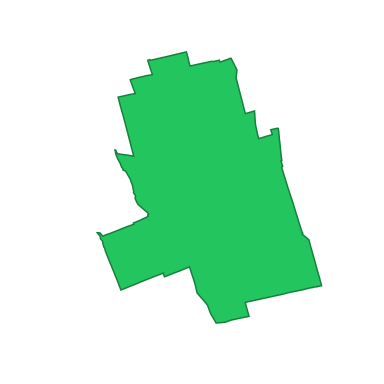 the district of Redea, Olt, Romania, rotated 246°
{"feature_id": "2599482B70526693367132", "entity_name": "Redea", "entity_type": "district", "adm_level": 2, "iso_a3": "ROU", "parent_name": "Romania", "parent_adm1": "Olt", "projection": "robinson", "projection_center": [24.25, 44.051], "detail": "fine", "context": "isolated", "style": "filled", "palette": "green", "viewbox_px": 384, "rotation_deg": 246, "n_neighbors": 0, "source": "geoboundaries", "source_scale": "gbopen_adm2", "svg_char_len": 5463}
<svg xmlns="http://www.w3.org/2000/svg" viewBox="0 0 384 384"><g transform="rotate(246 192 192)"><path d="M298.3,282.0L298.5,281.7L298.5,280.7L298.6,279.9L298.6,279.0L298.8,276.7L299.0,274.4L299.1,271.9L299.1,271.1L299.2,270.8L299.3,270.6L299.5,270.4L299.8,270.4L301.3,270.6L302.5,264.6L303.4,263.1L304.7,256.9L305.6,252.7L307.9,241.5L313.9,242.4L315.2,242.8L322.3,243.9L323.8,235.8L326.4,221.9L329.2,207.7L329.3,207.5L330.0,207.4L330.3,205.1L315.3,203.5L316.0,200.8L316.1,200.6L317.1,196.3L317.3,194.6L317.6,193.7L319.8,181.4L319.1,181.1L305.1,180.2L306.2,175.3L308.7,163.1L305.8,162.6L301.8,161.9L296.7,161.1L293.0,160.6L287.4,159.8L248.4,153.3L251.8,148.3L256.3,140.9L256.7,140.3L257.0,140.0L257.3,139.8L257.9,139.5L258.4,139.3L259.1,139.2L260.4,139.3L261.2,139.3L261.4,139.2L261.8,138.8L261.7,138.7L261.6,138.8L260.6,138.5L259.9,138.4L258.9,138.1L258.0,137.8L257.9,137.8L257.0,137.8L254.1,137.7L252.6,137.6L251.2,137.7L248.7,137.9L247.4,138.1L247.1,138.1L246.6,138.0L246.0,137.9L245.3,137.9L243.8,137.8L243.4,137.8L243.2,137.8L242.4,138.2L241.9,138.2L241.1,138.1L240.1,138.0L239.9,138.0L239.5,138.4L239.2,138.9L239.0,139.2L238.7,139.4L238.3,139.6L237.9,139.8L237.3,139.9L236.8,140.0L236.4,140.1L236.0,140.2L234.3,140.2L233.6,140.3L232.0,140.5L231.0,140.6L229.6,140.7L228.2,140.8L227.7,140.7L225.8,140.5L223.0,140.4L221.9,140.3L221.3,140.1L220.7,140.0L219.6,139.7L218.7,139.4L218.1,139.3L217.3,139.3L216.8,139.1L216.5,139.0L216.0,138.7L215.0,138.3L214.8,138.2L214.4,138.3L213.9,138.4L212.5,138.8L212.0,138.9L211.7,138.9L211.4,138.8L210.9,138.5L210.2,138.0L209.3,137.4L209.1,137.3L207.5,137.4L204.9,137.4L204.1,137.5L203.6,137.6L203.2,137.6L202.8,137.5L190.3,143.4L189.9,143.1L189.3,143.1L189.1,143.0L189.1,142.4L189.0,142.2L187.8,142.1L187.6,141.9L187.6,141.3L187.5,140.7L187.4,139.9L187.5,136.2L187.5,135.8L187.3,135.5L187.3,135.0L187.4,129.0L187.5,126.1L187.5,125.8L187.1,125.8L186.1,125.7L186.4,123.0L186.7,119.9L186.8,118.1L187.0,112.9L187.5,100.1L187.6,99.3L187.8,97.7L187.9,95.3L187.9,92.7L189.0,92.3L191.5,91.5L192.0,91.3L192.3,90.9L192.6,90.5L192.9,89.7L193.3,88.9L192.7,89.0L191.5,89.4L190.6,89.6L189.8,89.8L188.5,90.0L188.0,89.9L187.6,89.8L186.4,89.4L185.6,89.6L183.6,90.3L181.6,89.8L180.7,89.6L178.3,89.1L178.0,89.1L175.5,89.3L175.2,89.2L174.3,89.0L173.7,88.9L165.3,88.5L158.2,88.3L146.6,87.9L145.1,87.9L139.6,87.6L131.4,87.2L131.3,89.1L131.1,94.0L131.1,96.5L130.9,100.0L130.8,103.3L130.6,111.2L130.4,115.4L130.3,118.4L130.2,121.2L129.9,126.6L129.7,130.7L129.6,131.5L129.5,132.9L125.9,132.3L125.7,132.5L124.9,150.3L124.6,159.0L124.6,159.3L118.8,158.6L115.6,158.3L111.4,157.9L106.6,157.3L102.4,156.5L98.7,155.8L97.7,155.6L96.8,155.9L95.0,156.4L91.7,157.4L89.3,158.2L86.1,159.1L84.6,159.5L83.1,159.9L82.5,160.1L81.9,160.1L75.2,159.6L73.4,159.6L72.1,159.6L69.5,160.0L64.8,160.5L62.5,160.7L61.0,165.0L60.6,166.1L59.5,169.5L59.4,170.9L59.0,175.8L57.3,184.3L56.6,187.1L55.2,193.5L69.5,195.7L68.8,199.4L68.7,199.9L68.6,200.2L68.3,201.5L68.2,201.8L68.2,202.0L68.0,203.1L67.9,203.7L67.6,205.0L67.3,206.3L67.2,206.7L67.2,207.0L67.1,207.5L66.9,208.2L66.8,208.8L66.7,209.0L66.6,209.6L66.6,209.8L66.5,210.4L66.4,210.6L66.4,210.9L66.2,211.6L66.2,211.9L66.1,212.2L66.1,212.6L65.8,213.7L65.7,214.2L65.2,216.5L64.8,218.6L64.7,218.9L64.6,219.3L64.4,220.1L64.3,220.7L64.2,220.9L64.2,221.3L64.2,221.6L64.0,222.7L63.8,223.3L63.5,224.9L63.5,225.0L63.4,225.7L63.2,226.2L63.2,226.3L63.1,226.6L63.0,226.9L62.9,227.6L62.9,227.9L62.9,228.0L62.8,228.3L62.7,228.9L62.7,229.2L62.5,229.5L62.4,230.1L62.3,230.5L62.1,231.3L61.4,235.1L61.3,236.2L61.0,238.1L60.9,238.5L60.8,239.1L60.6,239.7L60.6,239.9L60.5,240.4L60.3,241.6L59.8,243.6L59.5,245.1L59.4,245.4L59.3,245.8L59.2,246.2L59.1,246.6L59.1,246.8L59.1,247.0L58.9,247.6L58.9,247.8L58.8,248.0L58.7,248.6L58.6,249.1L58.4,250.1L58.1,251.3L58.0,251.8L57.9,252.4L57.8,252.5L57.8,252.8L57.7,253.2L57.6,253.7L57.6,253.9L57.5,254.2L57.3,255.6L57.2,256.2L57.2,256.4L57.1,256.6L57.1,256.9L57.0,257.2L56.9,257.5L56.9,257.8L56.8,258.3L56.7,259.0L56.4,260.6L56.3,260.8L56.3,261.0L56.2,261.5L56.1,261.9L55.9,262.4L55.8,262.8L55.7,263.2L55.7,263.4L55.6,263.8L55.5,264.4L55.5,264.6L55.4,265.0L55.3,265.3L55.3,265.6L55.1,266.2L55.0,266.8L54.9,267.6L54.6,267.5L54.3,269.3L53.7,272.3L55.5,272.6L58.5,273.0L61.0,273.5L62.1,273.6L65.0,274.0L74.8,275.4L77.4,275.9L81.9,276.5L91.6,277.9L96.5,278.6L100.8,279.4L101.5,279.0L104.0,277.9L108.3,275.7L108.6,275.5L108.8,276.0L109.2,276.4L109.6,276.4L110.0,276.4L110.3,276.2L110.5,276.2L119.3,277.2L131.4,278.6L140.1,279.7L156.2,281.3L162.8,282.1L172.1,283.2L175.9,283.7L177.2,283.8L178.1,284.0L178.3,284.1L178.4,284.4L178.4,284.8L178.4,285.0L178.7,285.3L179.0,285.3L182.4,285.7L184.0,285.9L184.3,286.0L184.1,286.8L184.4,286.9L185.7,287.3L187.6,287.8L190.1,288.6L191.8,289.2L192.0,289.2L193.8,289.8L196.5,290.7L198.7,291.5L199.5,291.7L200.6,292.1L200.9,292.2L202.5,292.7L203.1,292.8L205.4,293.6L205.9,293.8L206.7,294.1L207.4,294.3L207.5,294.3L207.8,294.4L208.1,294.4L208.2,294.5L208.5,294.6L208.8,294.7L209.8,295.1L210.5,295.3L210.8,295.4L211.7,295.7L212.1,295.9L212.6,296.0L212.8,296.1L213.0,296.1L213.4,296.2L213.7,296.3L214.8,296.7L215.1,296.7L215.3,296.7L215.3,296.8L216.9,289.3L211.9,288.7L211.9,288.3L212.0,287.0L212.2,285.6L212.7,282.6L212.7,281.6L212.8,281.3L212.9,280.3L213.1,279.2L213.1,278.6L213.2,277.6L213.5,275.9L213.5,274.6L218.4,275.4L227.2,277.3L230.6,278.4L240.6,282.1L241.9,272.6L278.3,278.7L285.2,282.7L298.1,282.1L298.3,282.0Z" fill="#22c55e" stroke="#15803d" stroke-width="1.5"/></g></svg>